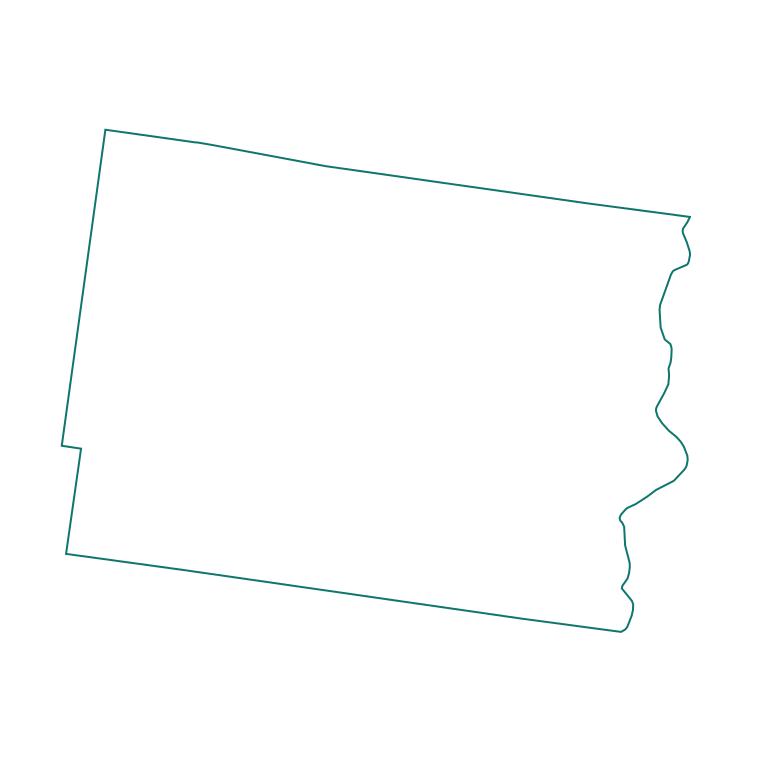 St. Croix, Wisconsin, United States of America (Equal Earth projection), rotated 188°
{"feature_id": "52423323B83596811379521", "entity_name": "St. Croix", "entity_type": "district", "adm_level": 2, "iso_a3": "USA", "parent_name": "United States of America", "parent_adm1": "Wisconsin", "projection": "equal_earth", "projection_center": [-92.697, 45.034], "detail": "fine", "context": "isolated", "style": "outline", "palette": "teal", "viewbox_px": 768, "rotation_deg": 188, "n_neighbors": 0, "source": "geoboundaries", "source_scale": "gbopen_adm2", "svg_char_len": 1169}
<svg xmlns="http://www.w3.org/2000/svg" viewBox="0 0 768 768"><g transform="rotate(188 384 384)"><path d="M675.2,171.5L556.5,171.9L214.0,170.8L114.8,171.5L111.0,174.4L109.3,177.2L106.5,189.0L106.0,195.0L106.6,200.6L108.4,203.8L120.0,214.6L119.9,217.2L115.8,225.2L115.0,230.8L115.1,236.9L115.9,241.2L122.8,257.8L126.3,276.0L128.8,279.8L131.0,281.6L132.0,283.9L131.9,285.0L131.1,287.7L127.0,293.9L125.3,295.4L118.1,300.1L107.7,309.1L99.8,317.0L83.5,328.5L83.0,329.2L82.8,329.5L74.8,340.8L73.6,343.1L72.9,345.7L72.7,351.1L73.7,355.4L78.3,363.6L81.8,367.8L86.9,372.2L95.3,377.3L103.2,383.9L108.6,390.0L111.0,395.4L111.1,397.7L110.5,400.0L105.3,413.8L102.4,423.2L102.8,431.9L104.4,439.1L103.2,445.0L103.2,450.3L104.0,458.6L104.9,461.3L106.1,463.5L112.2,467.2L117.9,478.4L121.4,495.6L121.6,500.7L116.9,523.3L115.1,532.3L114.0,535.0L113.2,536.4L111.6,537.6L100.6,544.3L99.7,545.8L99.2,548.2L98.9,554.6L99.8,558.0L103.9,566.5L109.0,575.1L109.6,577.2L109.4,579.7L106.2,586.2L104.3,591.8L104.3,592.0L206.3,591.2L358.4,591.4L472.5,591.6L588.1,596.8L601.8,597.2L605.3,597.0L695.3,597.0L694.5,278.0L675.0,277.8L675.2,171.5Z" fill="none" stroke="#0f766e" stroke-width="2"/></g></svg>